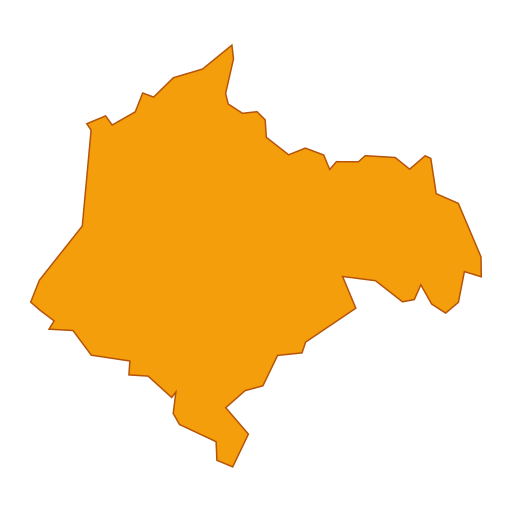 outline of Morgan, Kentucky, United States of America
{"feature_id": "52423323B87580730769564", "entity_name": "Morgan", "entity_type": "district", "adm_level": 2, "iso_a3": "USA", "parent_name": "United States of America", "parent_adm1": "Kentucky", "projection": "orthographic", "projection_center": [-83.237, 37.914], "detail": "fine", "context": "isolated", "style": "filled", "palette": "amber", "viewbox_px": 512, "rotation_deg": 0, "n_neighbors": 0, "source": "geoboundaries", "source_scale": "gbopen_adm2", "svg_char_len": 930}
<svg xmlns="http://www.w3.org/2000/svg" viewBox="0 0 512 512"><path d="M40.1,310.3L54.1,320.9L49.0,329.2L73.0,330.5L91.3,355.2L129.9,361.0L128.9,374.9L148.1,376.1L171.7,397.5L175.9,392.0L173.2,413.4L179.5,424.5L216.1,441.7L216.9,460.3L232.7,466.9L248.4,434.1L225.7,407.7L245.0,390.7L262.9,385.8L277.6,355.4L302.0,352.9L305.7,342.0L355.8,308.2L342.6,276.5L375.5,280.7L402.5,301.8L414.3,299.6L420.8,284.8L431.7,304.1L445.6,313.1L458.4,302.3L464.4,271.6L481.3,276.8L481.0,256.9L458.3,203.4L436.2,193.7L430.8,158.4L425.1,155.8L409.6,169.2L395.2,157.5L365.2,155.7L358.5,161.8L336.4,161.7L329.7,169.5L323.7,155.0L305.3,148.1L288.6,154.8L266.3,137.3L265.2,119.9L257.0,111.7L242.5,113.3L228.2,104.0L225.6,93.5L233.5,58.8L231.9,45.1L202.6,69.0L173.4,77.7L153.6,97.1L142.7,93.0L135.3,111.8L112.2,125.0L105.6,115.9L86.8,123.7L91.1,130.2L82.3,226.0L39.4,280.2L30.7,302.1L40.1,310.3Z" fill="#f59e0b" stroke="#b45309" stroke-width="1.5"/></svg>